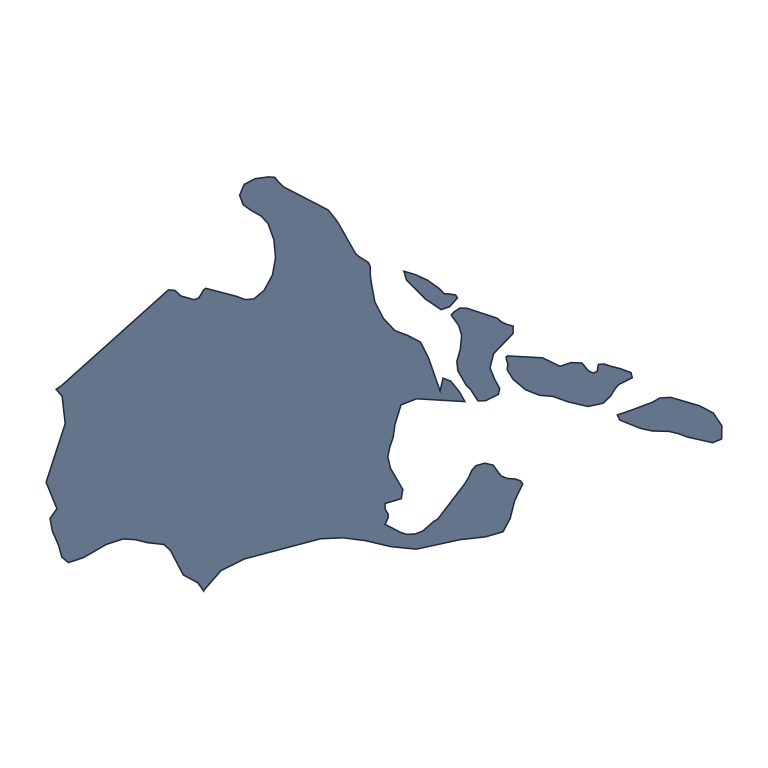 outline of Albay
{"feature_id": "PHL-2536", "entity_name": "Albay", "entity_type": "Province", "adm_level": 1, "iso_a3": "PHL", "parent_name": "Philippines", "parent_adm1": "", "projection": "albers", "projection_center": [123.793, 13.252], "detail": "fine", "context": "isolated", "style": "filled", "palette": "slate", "viewbox_px": 768, "rotation_deg": 0, "n_neighbors": 0, "source": "natural_earth", "source_scale": "10m", "svg_char_len": 2560}
<svg xmlns="http://www.w3.org/2000/svg" viewBox="0 0 768 768"><path d="M274.8,177.3L278.2,181.6L283.4,186.8L328.2,210.0L337.5,221.7L355.5,253.5L358.6,256.3L368.3,262.5L370.3,266.5L370.3,274.5L371.0,280.7L374.8,301.8L383.4,318.4L394.9,330.6L407.9,335.5L420.6,342.2L428.6,358.1L440.1,391.0L443.0,378.1L450.8,381.2L459.4,391.8L464.9,401.6L416.7,398.8L401.0,404.9L395.0,424.5L393.2,437.2L389.8,447.2L387.8,456.8L390.5,468.3L402.8,489.5L401.3,498.7L385.1,503.5L385.1,509.0L388.2,514.3L388.1,518.0L385.1,524.3L400.6,532.4L406.6,534.3L415.3,534.0L422.8,531.0L433.8,521.3L437.7,519.2L464.9,483.6L468.9,476.8L471.7,470.5L476.0,465.6L484.8,463.2L493.1,465.1L501.0,475.9L507.5,478.5L514.8,478.9L520.1,480.6L522.8,483.8L514.7,500.6L510.2,518.4L503.0,531.8L485.3,536.9L459.9,539.7L416.2,549.2L390.6,546.6L365.6,540.7L343.1,537.8L320.5,538.8L244.5,558.9L221.0,570.6L204.1,590.0L203.7,591.1L197.8,582.8L183.3,575.0L170.3,550.2L163.8,544.5L147.5,542.7L135.4,539.7L123.0,539.0L106.4,544.4L83.3,557.7L68.5,562.6L61.8,557.1L58.4,544.9L52.4,531.3L50.0,518.5L56.9,508.7L46.1,482.2L65.2,423.7L62.1,396.2L56.1,389.3L61.7,385.5L168.4,289.9L174.7,290.3L180.8,295.9L194.1,299.7L198.6,298.0L201.3,294.0L203.4,290.0L205.9,288.3L236.4,296.3L245.2,299.6L253.8,299.0L264.0,290.5L272.4,275.1L275.5,257.7L273.9,239.9L268.0,223.4L260.9,215.9L251.4,210.6L243.1,204.7L239.6,195.2L244.2,184.4L255.1,178.7L268.3,176.9L274.8,177.3ZM632.3,377.8L622.7,382.6L618.7,384.6L614.9,389.0L610.6,396.1L603.2,403.2L598.3,404.3L588.1,406.5L582.3,405.2L568.2,401.9L552.8,396.4L539.4,395.3L525.6,389.8L513.0,379.2L507.2,369.8L507.8,363.6L506.4,359.5L506.1,356.9L507.2,356.3L507.8,355.9L542.5,357.8L560.1,366.3L566.3,364.2L571.4,362.5L581.1,363.0L581.9,363.0L582.8,364.0L588.2,370.6L593.3,373.2L597.4,371.0L597.7,367.7L598.4,364.4L604.3,364.0L610.6,366.2L619.9,368.5L631.0,372.6L631.8,376.0L632.3,377.8ZM490.0,367.8L494.7,379.4L499.7,388.3L498.4,394.4L485.7,400.7L477.9,400.9L470.7,389.6L466.4,385.6L457.8,370.6L456.8,361.5L460.3,349.1L461.6,335.3L458.7,325.4L451.2,315.1L453.6,312.2L460.0,308.0L467.2,308.3L497.1,318.2L501.5,321.9L506.8,324.4L513.1,326.1L513.1,333.5L493.6,353.7L490.0,367.8ZM677.6,433.4L668.6,431.4L652.3,431.0L640.8,428.5L619.8,420.1L617.3,414.9L631.2,410.2L652.5,402.2L659.5,398.1L670.5,397.3L699.4,405.7L713.4,413.1L721.9,425.9L721.6,439.0L712.6,442.7L687.6,437.1L677.6,433.4ZM425.6,299.2L406.5,280.1L403.9,271.2L415.3,274.6L427.5,280.2L439.3,288.6L444.4,293.9L448.4,293.8L455.6,294.9L457.5,297.9L449.7,306.7L441.2,309.7L425.6,299.2Z" fill="#64748b" stroke="#1e293b" stroke-width="1.5"/></svg>